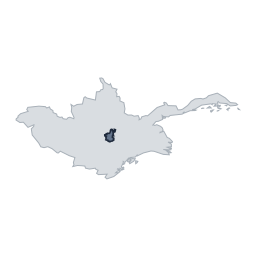 Meiktila, Mandalay, Myanmar (highlighted), rotated 269°
{"feature_id": "60261553B62690814577767", "entity_name": "Meiktila", "entity_type": "district", "adm_level": 2, "iso_a3": "MMR", "parent_name": "Myanmar", "parent_adm1": "Mandalay", "projection": "mercator", "projection_center": [96.117, 20.958], "detail": "fine", "context": "in_parent", "style": "filled", "palette": "slate", "viewbox_px": 256, "rotation_deg": 269, "n_neighbors": 0, "source": "geoboundaries", "source_scale": "gbopen_adm2", "svg_char_len": 6551}
<svg xmlns="http://www.w3.org/2000/svg" viewBox="0 0 256 256"><g transform="rotate(269 128 128)"><path d="M167.0,117.7L164.4,116.4L162.4,117.6L159.5,117.2L159.8,119.7L158.1,120.6L155.2,120.4L153.4,124.3L147.2,125.3L143.2,124.5L141.0,128.0L140.9,131.9L139.7,134.3L140.2,138.4L137.6,139.5L136.0,139.2L136.9,141.1L138.9,141.9L140.1,146.1L139.8,147.8L148.0,157.5L150.5,165.1L152.5,164.1L153.1,164.8L152.3,166.8L149.7,168.4L149.3,176.4L145.2,178.3L145.3,180.9L145.8,182.8L149.5,188.1L153.6,191.7L155.9,195.6L156.3,201.2L155.7,203.5L156.8,206.9L158.9,209.1L161.3,217.9L156.5,225.7L151.6,230.8L151.0,236.2L149.4,238.0L148.7,236.3L148.3,230.6L150.7,227.1L151.4,220.1L152.9,218.6L152.1,218.0L150.2,218.4L150.9,212.8L149.8,212.6L150.7,211.4L149.6,202.0L145.8,195.4L145.3,192.5L144.7,196.4L144.3,195.6L144.2,190.4L142.0,184.7L142.3,184.2L143.3,184.7L142.3,183.4L141.6,183.7L140.9,182.3L139.8,170.4L138.4,168.7L138.9,163.6L140.0,162.3L136.0,162.8L134.2,158.5L134.0,156.1L130.1,152.5L130.8,153.6L130.1,154.8L130.8,156.8L129.1,160.6L127.5,162.3L125.4,163.0L123.7,162.0L123.3,160.0L122.7,159.9L124.2,163.7L117.9,167.0L116.9,169.2L113.6,172.2L112.7,171.8L113.2,167.8L111.2,171.0L108.6,171.1L108.1,166.8L107.0,169.3L105.4,170.1L105.9,162.9L105.5,165.0L103.0,167.8L100.5,168.8L101.0,162.9L104.3,153.6L104.6,150.5L102.8,143.0L99.9,136.7L100.8,136.6L98.8,134.8L98.5,130.1L97.3,131.8L97.2,134.7L94.7,133.2L92.3,129.1L93.2,128.7L96.0,130.7L97.6,129.6L98.0,128.2L93.6,124.2L94.7,122.6L93.3,122.6L89.5,120.7L88.5,121.1L89.0,122.8L88.2,123.2L86.7,120.6L87.8,119.4L86.9,119.3L87.5,117.0L87.1,116.7L85.4,119.7L84.4,119.0L85.5,117.5L85.0,116.6L83.4,114.8L83.6,118.0L79.7,112.9L77.5,106.0L79.2,104.2L82.2,106.3L81.9,97.7L83.2,95.8L86.3,97.4L87.2,95.2L88.4,94.6L87.6,88.7L88.6,84.8L90.7,84.2L91.1,81.0L91.4,76.8L90.4,72.1L92.3,73.3L94.4,72.8L99.4,74.4L101.3,68.9L106.0,59.9L104.2,57.8L104.5,56.6L108.6,51.8L110.7,47.5L109.8,43.7L110.7,40.5L114.5,38.5L122.7,32.1L128.8,31.3L131.3,33.8L132.9,34.0L130.4,28.0L135.6,23.5L135.4,20.0L137.9,16.2L139.2,16.4L140.5,18.2L141.8,18.2L144.2,20.9L146.4,28.5L148.2,27.1L150.4,28.2L151.4,39.3L150.8,45.7L149.4,47.1L150.5,49.8L148.3,50.7L146.8,53.2L144.7,53.4L143.2,56.9L141.0,57.4L139.8,60.1L140.1,62.2L138.4,63.3L137.8,66.8L139.3,68.2L139.8,70.1L138.2,74.0L139.5,74.2L145.5,71.6L149.6,72.1L152.5,71.4L150.7,74.1L152.4,77.5L152.8,82.9L159.0,84.4L160.0,85.7L158.7,87.3L156.5,95.9L164.7,97.1L164.9,100.3L166.7,101.5L166.9,103.3L168.0,103.9L172.4,103.8L175.0,101.6L178.3,100.6L178.5,102.5L177.8,103.8L174.1,105.7L171.6,109.6L171.5,110.5L172.6,111.2L168.4,112.8L167.0,117.7ZM94.8,126.8L97.4,128.4L96.9,129.5L95.2,129.6L94.0,127.6L94.8,126.8ZM146.6,207.6L148.2,210.0L146.6,211.5L146.6,207.6ZM94.5,137.3L93.1,136.4L92.2,135.1L95.1,135.1L94.5,137.3ZM149.0,217.7L149.0,220.7L148.0,220.4L147.3,217.8L149.0,217.7ZM104.4,168.7L102.6,170.7L102.4,169.0L104.8,166.5L104.4,168.7ZM138.3,166.0L137.2,165.4L137.1,163.5L137.9,163.0L138.5,163.9L138.3,166.0ZM145.6,221.4L145.3,220.4L146.4,217.9L146.3,220.1L145.6,221.4ZM144.9,227.1L146.4,229.4L146.1,229.9L144.8,228.1L144.0,228.2L144.9,227.1ZM149.9,215.9L148.4,216.6L148.3,214.4L149.9,215.9ZM146.3,237.8L144.4,239.8L144.6,238.7L146.3,237.8ZM86.3,121.0L87.0,123.6L85.8,120.5L86.3,121.0ZM146.6,202.7L146.5,204.6L146.1,201.5L146.6,202.7ZM92.3,122.8L92.5,124.5L91.4,122.1L92.3,122.8ZM144.6,213.7L143.5,212.7L143.9,212.1L144.4,212.2L144.6,213.7ZM143.8,210.9L143.1,212.2L142.4,211.4L143.0,210.9L143.8,210.9ZM144.0,218.5L144.0,219.6L143.2,217.0L144.0,218.5ZM107.1,171.1L106.3,171.0L107.3,169.7L107.4,170.2L107.1,171.1ZM149.2,227.4L148.4,227.1L149.0,225.9L149.2,227.4Z" fill="#d9dde1" stroke="#a8b0b8" stroke-width="1"/><path d="M116.0,113.2L116.3,113.2L116.4,113.3L116.6,113.4L116.6,113.5L116.8,113.4L117.0,113.3L117.2,113.5L117.3,113.5L117.5,113.7L117.9,113.6L118.0,113.6L118.0,113.4L118.1,113.2L118.3,113.2L118.5,112.9L118.7,112.7L118.8,112.7L118.9,112.4L119.0,112.4L119.1,112.2L119.3,112.3L119.4,112.2L119.5,112.3L119.6,112.5L119.8,112.6L120.2,112.5L120.3,112.5L120.5,112.4L120.6,112.6L120.7,112.8L120.6,113.1L120.6,113.3L120.7,113.2L120.9,113.1L121.2,113.1L121.4,113.0L121.4,112.9L121.6,112.9L121.7,112.7L121.7,112.9L121.8,113.0L121.9,112.8L122.0,112.8L122.1,113.1L122.2,113.3L122.6,113.3L122.8,113.2L123.0,113.2L123.3,113.1L123.5,113.0L123.8,113.0L124.1,113.0L124.2,112.9L124.4,112.9L124.3,113.1L124.3,113.3L124.2,113.4L124.0,113.5L124.2,113.8L124.2,114.0L124.2,114.5L124.3,114.5L124.4,114.8L124.5,114.9L124.6,115.0L124.8,115.0L125.2,115.1L125.2,114.8L125.4,114.5L125.5,114.5L125.6,114.4L125.7,114.5L125.9,114.4L126.0,114.6L126.0,114.8L126.1,115.1L126.2,115.4L126.3,115.4L126.5,115.5L126.6,115.4L126.6,114.7L126.8,114.4L126.6,114.4L126.5,114.5L126.3,114.6L126.3,114.4L126.1,114.3L126.0,114.2L125.9,114.2L125.8,113.8L125.7,113.7L125.5,113.3L125.5,113.2L125.8,112.9L125.7,112.8L125.7,112.6L126.0,112.5L126.0,112.4L125.9,112.3L126.1,112.2L126.3,112.1L126.8,112.2L126.9,111.8L126.9,111.7L127.0,111.5L127.0,111.2L126.8,110.9L126.7,110.8L126.4,110.9L126.3,110.6L126.2,110.5L125.9,110.6L125.7,110.6L125.4,110.5L125.4,110.4L125.3,110.2L125.2,110.2L125.1,110.3L124.9,110.4L124.8,110.2L124.7,110.2L124.4,110.2L123.9,109.9L123.7,109.9L123.4,109.8L123.3,109.7L123.2,109.5L123.0,109.3L122.9,109.2L122.9,108.9L122.9,108.7L123.0,108.6L123.1,108.4L123.0,108.1L123.0,107.9L123.1,107.5L123.0,107.4L122.9,107.2L123.0,107.2L122.9,106.9L122.8,106.7L122.6,106.6L122.6,106.4L122.4,106.5L122.5,106.5L122.4,106.8L122.2,106.8L121.9,106.8L121.9,106.7L121.8,106.4L121.8,106.1L121.8,105.7L121.7,105.7L121.8,105.5L121.8,105.4L121.8,105.2L121.7,105.0L121.6,104.9L121.6,104.6L121.4,104.6L121.5,104.7L121.5,104.8L121.3,104.8L121.2,104.8L121.1,105.0L120.9,105.0L120.7,105.0L120.4,105.2L120.5,105.3L120.3,105.3L120.3,105.5L120.2,105.6L120.1,105.8L120.1,105.7L119.9,105.7L119.8,105.8L119.7,105.8L119.7,105.7L119.7,105.8L119.6,105.7L119.4,105.7L119.2,105.7L119.2,105.8L118.9,105.9L118.8,106.0L118.5,106.0L118.3,106.1L118.2,106.0L117.9,105.9L117.6,105.7L117.4,105.7L117.1,105.7L116.7,105.8L116.6,105.7L116.5,105.9L116.3,106.0L116.3,106.3L116.2,106.5L116.2,106.8L116.2,107.1L116.3,107.1L116.3,107.3L116.2,107.6L115.9,107.5L115.6,107.6L115.5,107.8L115.4,107.8L115.2,107.8L115.0,108.2L115.0,108.3L114.9,108.4L115.0,108.6L115.2,108.8L115.2,109.0L114.9,109.2L114.8,109.3L114.7,109.4L114.5,109.5L114.6,109.9L114.6,110.1L114.8,110.4L115.0,110.5L115.1,110.8L115.1,111.0L115.1,111.3L115.2,111.5L115.3,112.1L115.4,112.3L115.5,112.4L115.4,112.5L115.5,112.6L115.8,112.7L115.8,112.8L115.9,113.0L116.0,113.2Z" fill="#64748b" stroke="#1e293b" stroke-width="1.5"/></g></svg>